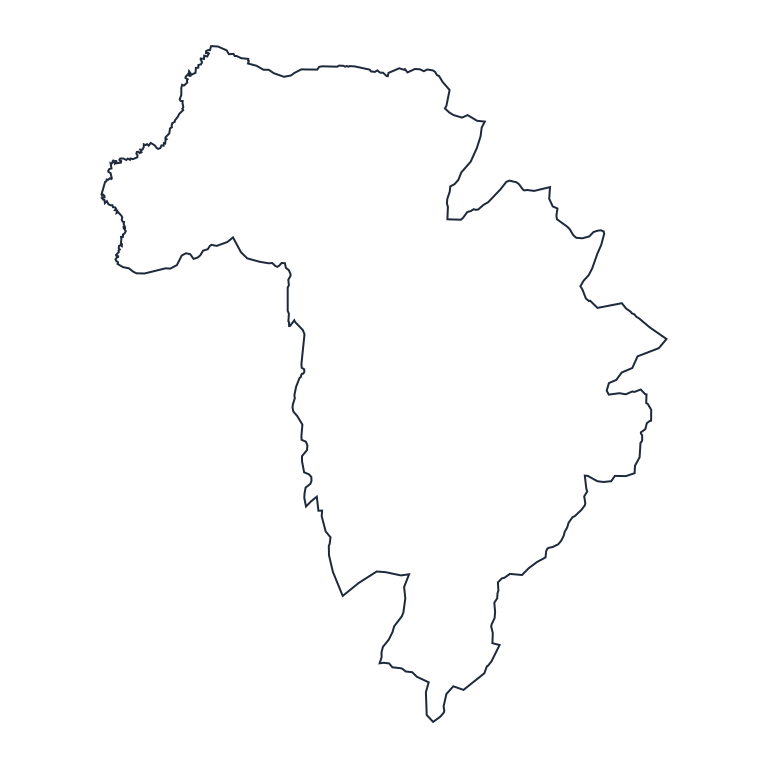 Akwapem South, Eastern, Ghana
{"feature_id": "2480657B26354408705676", "entity_name": "Akwapem South", "entity_type": "district", "adm_level": 2, "iso_a3": "GHA", "parent_name": "Ghana", "parent_adm1": "Eastern", "projection": "natural_earth1", "projection_center": [-0.261, 5.841], "detail": "fine", "context": "isolated", "style": "outline", "palette": "slate", "viewbox_px": 768, "rotation_deg": 0, "n_neighbors": 0, "source": "geoboundaries", "source_scale": "gbopen_adm2", "svg_char_len": 6040}
<svg xmlns="http://www.w3.org/2000/svg" viewBox="0 0 768 768"><path d="M546.2,551.1L547.2,548.9L548.5,547.9L552.7,547.0L558.2,544.3L561.1,540.9L563.8,535.6L564.6,532.0L567.2,527.5L568.6,522.7L572.5,517.2L574.8,516.1L581.4,509.9L584.9,505.3L585.3,503.1L584.2,496.4L587.2,491.5L586.3,488.6L584.8,475.6L587.8,475.9L597.3,481.2L603.4,482.0L611.2,481.2L614.9,475.9L625.9,476.1L634.6,473.2L635.0,465.7L639.6,457.3L640.5,442.8L642.0,441.0L642.2,439.5L642.1,435.3L640.9,433.4L640.9,432.3L645.3,429.2L646.8,423.2L649.4,421.2L651.1,420.7L651.2,409.8L647.9,404.1L646.2,403.0L646.5,394.4L645.2,394.2L640.7,389.5L634.5,391.9L632.3,391.5L625.8,394.3L619.5,393.2L608.8,394.6L606.7,390.7L608.9,383.1L616.3,379.9L621.7,372.5L632.3,368.0L637.6,356.3L658.9,348.1L666.5,339.0L649.9,327.5L639.2,318.5L636.1,316.6L634.4,314.3L631.7,313.2L630.8,311.8L626.2,308.6L621.8,303.2L597.5,307.9L590.1,300.7L588.9,301.1L585.9,298.5L582.5,289.7L580.4,286.2L583.6,280.7L588.7,275.2L592.2,268.4L597.3,253.9L601.3,244.7L604.2,233.7L603.7,231.5L600.9,230.3L598.1,230.6L593.5,232.0L589.3,236.4L582.4,238.3L576.3,237.8L573.2,235.1L569.7,229.1L567.4,226.8L556.9,219.2L556.4,215.5L557.5,208.5L552.7,206.4L549.2,198.7L550.0,187.1L534.2,190.9L527.3,190.0L524.2,190.4L522.9,189.5L519.0,184.2L516.5,182.3L509.4,180.6L506.3,181.9L500.3,189.5L488.2,202.2L483.6,204.8L478.3,209.4L476.0,209.9L473.7,209.2L470.7,211.1L467.3,212.0L463.0,217.9L460.8,219.7L447.4,219.3L447.9,206.9L446.9,203.4L447.3,198.9L449.7,191.8L450.3,186.4L454.6,184.1L458.4,179.8L461.3,172.4L470.7,161.7L476.9,147.9L480.6,136.2L481.7,127.5L484.8,121.6L477.1,120.8L467.6,115.1L462.0,117.6L453.6,115.1L449.3,112.5L444.9,108.4L446.4,105.9L449.6,90.0L442.5,81.8L439.1,76.1L436.9,75.0L435.2,72.0L432.9,70.4L427.2,69.5L423.9,71.2L419.9,69.3L414.9,69.0L407.5,72.4L404.9,69.1L404.1,69.8L399.2,68.3L388.5,72.9L387.8,76.2L386.6,76.0L383.0,72.7L380.2,72.7L377.3,70.4L374.9,71.9L370.9,71.4L369.6,69.6L354.7,66.4L349.5,66.1L348.5,66.7L346.9,66.0L345.2,66.7L343.4,65.8L339.1,65.6L337.1,66.7L322.4,66.3L319.2,66.8L317.2,69.6L301.3,69.4L294.3,73.0L290.9,75.5L284.0,76.8L273.8,73.2L268.7,69.8L263.3,69.7L256.6,65.8L248.0,63.5L248.8,61.1L248.1,60.6L248.3,58.9L241.3,58.2L236.5,56.0L234.7,56.0L233.5,53.9L228.9,54.2L226.7,50.4L217.9,46.5L211.1,46.1L209.9,50.2L208.3,50.0L206.2,51.0L206.0,53.1L208.3,52.9L208.9,53.5L207.2,56.5L204.2,55.7L204.0,58.9L200.8,58.5L200.6,59.2L202.1,62.3L200.9,64.4L198.4,65.0L198.3,67.7L195.9,67.9L195.5,72.8L191.5,74.7L189.1,71.3L188.8,72.9L190.1,75.8L189.2,75.8L188.0,74.2L185.6,76.8L185.5,78.0L187.7,79.3L186.9,80.5L187.3,82.5L183.9,85.6L182.1,84.8L181.3,87.8L181.3,95.0L179.7,99.3L180.6,100.9L182.7,101.1L182.5,103.1L183.3,107.3L182.3,108.8L183.2,110.1L179.3,113.8L177.6,117.1L174.9,120.4L174.7,121.9L172.2,123.2L171.6,125.7L171.9,127.3L170.0,128.4L169.3,133.4L165.4,137.5L165.4,138.5L166.6,139.2L165.5,140.0L165.2,143.5L163.9,143.1L163.6,145.7L161.5,145.4L160.3,148.1L158.2,148.9L156.6,147.9L154.9,145.5L150.7,142.9L148.7,145.7L147.1,144.1L145.6,145.1L143.8,144.3L143.7,147.3L142.4,149.7L140.3,149.6L141.5,152.3L139.6,153.1L138.3,151.7L136.8,152.0L136.4,153.8L137.5,155.1L137.3,157.3L133.0,159.1L130.5,158.5L130.0,159.8L127.8,158.6L126.3,160.0L123.4,158.5L120.3,158.5L119.4,159.6L119.6,160.5L121.1,161.0L120.9,162.6L116.3,163.3L116.3,161.1L115.6,161.0L114.6,163.2L113.6,160.6L113.0,160.6L111.9,163.3L111.4,163.9L110.6,163.4L111.5,168.4L109.2,169.1L108.2,171.0L108.4,171.8L110.6,173.2L111.8,178.4L111.3,179.0L109.9,178.3L108.2,179.8L106.7,179.5L106.3,181.4L105.1,181.9L101.5,194.4L102.0,195.6L103.2,194.7L104.3,195.7L104.6,197.0L101.9,198.0L103.1,199.6L104.4,199.6L104.9,203.1L106.9,201.2L108.5,204.3L110.7,205.3L112.4,205.2L113.0,207.2L115.1,207.4L116.0,208.7L115.0,210.2L117.2,210.5L116.6,213.0L118.2,212.2L121.5,215.9L122.3,217.5L121.7,219.8L122.7,221.7L124.0,222.0L123.7,224.2L124.9,226.9L125.0,227.7L123.6,227.2L123.6,228.0L125.8,231.1L124.5,233.5L122.9,234.6L123.0,236.8L121.0,236.9L121.4,239.3L120.9,243.2L121.9,244.1L121.8,246.1L120.4,245.2L119.0,245.9L118.7,248.3L119.8,249.5L118.5,250.6L118.8,252.1L116.0,255.0L116.3,255.7L118.1,256.2L118.1,257.0L117.0,257.3L115.5,259.4L116.4,261.2L117.7,261.7L118.0,262.8L117.5,263.9L122.9,267.1L128.9,268.3L133.2,271.7L136.5,273.3L144.5,273.5L165.7,268.3L170.3,268.6L176.9,265.1L181.7,255.5L185.9,253.3L190.1,254.1L193.6,258.9L197.8,257.5L200.3,255.3L203.0,250.7L207.8,249.2L209.9,245.9L211.5,244.8L216.6,245.9L227.4,242.0L233.0,237.4L241.0,252.3L247.3,258.4L259.8,261.8L268.7,263.3L272.2,263.0L275.5,266.1L277.3,266.8L279.2,265.7L281.6,263.0L284.9,263.2L285.9,267.9L288.8,270.1L290.4,273.7L290.6,275.7L288.3,279.8L288.9,285.3L287.7,287.5L287.7,310.8L288.9,313.7L288.4,321.4L289.0,322.1L289.1,326.0L289.9,326.1L294.3,320.3L294.9,321.8L302.8,330.0L304.5,334.3L301.4,364.2L301.7,367.8L304.2,369.3L304.3,372.0L303.3,373.6L302.1,373.7L301.3,374.8L301.0,376.8L299.5,378.0L296.1,386.8L294.4,395.0L294.8,398.3L292.9,404.2L292.5,407.6L293.3,411.5L297.2,416.0L302.4,424.6L301.4,436.3L301.6,439.8L305.9,441.7L307.4,445.4L307.0,450.1L302.0,456.1L302.0,461.2L304.1,472.3L308.9,474.3L311.3,476.9L311.5,480.8L310.4,483.8L305.6,487.6L304.5,493.6L304.3,497.9L306.0,506.5L311.2,501.2L316.8,496.7L318.4,510.7L322.1,510.6L321.7,516.3L325.7,531.5L330.5,537.3L329.7,543.8L328.8,546.0L329.0,555.3L332.9,571.9L342.7,595.9L358.8,582.9L376.7,571.5L385.8,572.2L400.9,575.4L409.1,574.3L404.1,587.0L405.3,598.4L403.4,612.4L401.9,616.2L394.1,626.4L392.6,631.9L388.8,639.6L382.9,646.9L381.5,652.4L381.6,657.3L379.6,663.3L383.6,662.8L389.1,663.4L392.4,667.3L400.4,668.2L402.1,668.6L405.8,671.5L412.2,672.2L416.9,676.8L428.7,682.3L425.9,692.1L426.7,715.0L433.1,721.9L440.4,716.6L443.8,712.5L444.3,710.9L443.6,706.4L446.4,694.0L453.3,686.3L463.5,689.9L484.3,673.3L486.9,666.3L488.0,665.7L491.5,661.3L499.6,645.0L492.4,643.2L492.8,633.1L491.2,626.6L491.6,624.4L494.6,618.1L495.1,611.9L494.3,602.7L497.2,598.3L497.5,593.2L498.4,590.7L497.9,582.4L501.8,578.4L504.4,577.8L509.9,573.9L522.0,575.0L528.6,568.3L537.0,562.0L545.5,557.4L546.2,551.1Z" fill="none" stroke="#1e293b" stroke-width="2"/></svg>